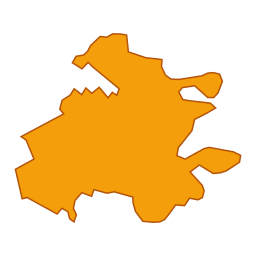 the district of Novo Tiradentes, Rio Grande do Sul, Brazil
{"feature_id": "56859067B80208552763127", "entity_name": "Novo Tiradentes", "entity_type": "district", "adm_level": 2, "iso_a3": "BRA", "parent_name": "Brazil", "parent_adm1": "Rio Grande do Sul", "projection": "robinson", "projection_center": [-53.157, -27.557], "detail": "fine", "context": "isolated", "style": "filled", "palette": "amber", "viewbox_px": 256, "rotation_deg": 0, "n_neighbors": 0, "source": "geoboundaries", "source_scale": "gbopen_adm2", "svg_char_len": 1255}
<svg xmlns="http://www.w3.org/2000/svg" viewBox="0 0 256 256"><path d="M204.1,190.8L202.2,185.3L190.1,172.0L199.3,165.0L213.2,173.5L220.9,172.7L226.4,170.8L239.5,162.2L240.6,155.4L233.5,151.9L209.3,147.4L204.1,148.6L185.1,159.1L176.9,155.7L178.3,147.7L191.9,130.7L194.6,119.4L206.7,113.2L215.6,108.0L210.3,103.1L190.7,100.9L182.8,99.6L178.8,92.0L182.3,87.6L194.7,85.8L207.8,97.5L213.7,97.6L218.0,92.9L222.4,81.3L219.6,74.2L213.5,72.6L207.8,73.1L201.6,75.9L179.3,79.4L170.9,79.1L165.4,75.0L161.5,66.6L162.0,59.6L155.2,58.7L146.0,57.8L128.4,51.9L126.6,35.0L120.5,34.0L112.8,33.8L106.6,37.2L100.2,36.5L90.7,45.4L87.6,51.3L83.7,55.0L76.1,56.3L72.4,62.8L81.9,68.8L88.2,62.4L92.6,66.8L119.2,88.8L116.7,95.3L112.3,92.3L108.1,97.8L99.2,87.3L91.8,93.3L85.8,88.0L81.8,94.7L74.2,88.8L70.2,95.1L62.1,100.3L59.8,109.2L63.7,113.9L21.1,136.6L26.1,140.1L34.0,159.1L15.4,169.3L22.2,198.8L27.1,197.5L57.1,214.0L61.9,208.3L67.9,211.7L69.7,218.9L74.0,221.9L76.4,214.8L73.4,208.3L75.1,200.3L81.8,192.7L91.6,196.3L93.9,189.6L107.0,193.2L114.2,191.8L132.8,197.0L133.1,203.0L135.5,211.4L142.8,221.3L152.8,222.2L159.8,221.9L164.7,219.5L169.7,213.2L175.6,205.0L184.6,205.6L189.5,198.2L197.9,199.8L202.4,197.6L204.1,190.8Z" fill="#f59e0b" stroke="#b45309" stroke-width="1.5"/></svg>